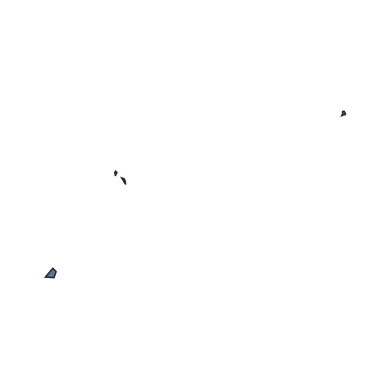 map outline of Alifu Alifu (Equal Earth projection), rotated 218°
{"feature_id": "MDV-5231", "entity_name": "Alifu Alifu", "entity_type": "Atoll", "adm_level": 1, "iso_a3": "MDV", "parent_name": "Maldives", "parent_adm1": "", "projection": "equal_earth", "projection_center": [72.863, 4.217], "detail": "fine", "context": "isolated", "style": "filled", "palette": "slate", "viewbox_px": 384, "rotation_deg": 218, "n_neighbors": 0, "source": "natural_earth", "source_scale": "10m", "svg_char_len": 552}
<svg xmlns="http://www.w3.org/2000/svg" viewBox="0 0 384 384"><g transform="rotate(218 192 192)"><path d="M255.2,34.7L254.7,46.2L250.9,45.7L250.0,45.5L248.0,39.5L255.2,34.7ZM121.0,344.4L121.3,346.1L121.9,346.8L122.3,347.3L122.7,347.8L122.9,348.2L121.8,349.3L119.1,348.1L118.9,347.2L120.0,346.1L121.0,344.4ZM248.9,157.1L256.1,159.8L253.8,160.6L252.1,160.0L248.9,157.1ZM262.3,157.4L262.4,157.5L263.4,158.7L264.4,159.3L265.0,160.0L265.1,161.3L263.4,161.3L262.9,160.5L262.8,159.1L262.3,157.4Z" fill="#64748b" stroke="#1e293b" stroke-width="1.5"/></g></svg>